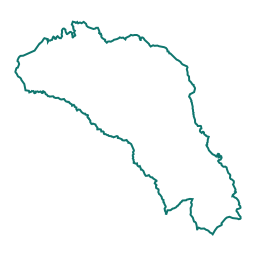 the district of Poiana Cristei, Vrancea, Romania
{"feature_id": "2599482B17918493537956", "entity_name": "Poiana Cristei", "entity_type": "district", "adm_level": 2, "iso_a3": "ROU", "parent_name": "Romania", "parent_adm1": "Vrancea", "projection": "albers", "projection_center": [26.947, 45.68], "detail": "fine", "context": "isolated", "style": "outline", "palette": "teal", "viewbox_px": 256, "rotation_deg": 0, "n_neighbors": 0, "source": "geoboundaries", "source_scale": "gbopen_adm2", "svg_char_len": 5744}
<svg xmlns="http://www.w3.org/2000/svg" viewBox="0 0 256 256"><path d="M187.0,66.4L182.5,64.4L181.4,63.3L180.6,62.0L178.4,60.4L176.6,59.6L170.3,53.4L169.3,53.4L168.6,51.5L167.5,51.4L167.2,49.5L166.0,48.0L164.2,47.2L158.9,46.2L157.5,45.6L154.5,45.8L153.1,45.3L150.7,46.5L149.5,45.1L148.9,43.8L144.7,40.0L143.7,38.4L142.6,37.5L141.5,37.6L140.7,39.1L140.7,40.0L140.4,40.0L139.7,38.4L139.5,36.8L138.9,36.1L136.9,35.0L134.4,35.0L132.8,35.4L130.9,34.9L129.5,36.1L126.0,37.8L125.4,39.4L123.1,37.6L121.4,37.9L119.7,37.4L119.0,38.1L116.9,39.1L113.9,39.8L113.3,40.4L110.8,41.7L109.2,41.4L107.9,41.6L106.8,42.7L105.0,40.9L105.2,40.0L104.8,39.5L103.8,39.2L101.7,37.5L101.3,36.5L101.5,35.3L101.0,34.6L100.9,33.7L100.5,33.5L100.0,33.9L99.5,33.1L99.1,33.0L99.4,31.4L97.9,27.8L96.1,27.8L95.5,28.5L93.5,29.0L88.1,27.1L86.6,25.8L86.1,23.9L83.7,21.9L81.6,23.2L80.0,22.5L78.1,23.3L77.2,22.0L76.2,22.9L75.7,22.9L75.0,22.2L72.8,21.7L71.8,24.6L72.4,25.1L72.8,26.1L73.3,26.6L73.4,27.0L73.1,27.9L73.5,28.7L73.6,29.8L74.9,30.8L74.0,32.5L75.3,35.3L75.2,35.6L73.5,36.6L73.1,37.3L72.7,37.4L72.5,37.1L72.5,35.9L72.4,34.9L72.1,34.6L72.1,33.0L70.7,31.9L69.7,32.1L69.2,32.7L67.2,34.1L66.8,34.0L65.8,32.0L65.4,30.6L65.4,29.6L63.9,28.5L62.9,28.8L61.9,30.4L62.1,32.4L61.6,34.6L62.1,36.1L60.9,38.2L59.5,38.1L57.6,36.2L56.9,36.7L55.8,38.9L55.2,38.9L54.7,38.5L54.5,37.4L53.4,36.7L52.9,37.3L52.0,39.9L51.2,40.0L50.2,40.6L48.8,40.3L47.9,41.8L47.8,40.2L47.3,39.9L47.6,39.1L44.4,38.2L43.3,39.5L42.6,40.8L41.5,42.2L39.5,43.6L39.5,44.0L39.0,44.3L34.6,50.6L23.2,55.7L20.4,55.9L18.9,57.3L17.7,59.8L17.5,61.1L18.2,61.6L19.0,63.4L19.1,64.2L17.8,67.6L16.7,67.9L16.3,68.5L15.4,71.7L15.6,72.5L16.5,73.4L18.0,76.4L20.3,77.8L21.1,78.9L21.3,79.8L24.3,84.0L25.5,90.3L28.9,90.8L29.3,92.4L31.3,91.7L31.9,91.0L32.8,91.3L33.5,91.1L33.9,91.7L34.3,93.1L34.6,93.2L35.5,92.9L35.9,91.6L36.8,91.7L37.6,91.4L38.7,92.1L40.6,91.5L41.8,92.9L42.6,93.0L43.0,92.6L42.7,91.6L43.1,91.2L44.7,92.1L45.3,93.0L45.7,94.2L46.8,94.6L47.9,96.1L48.8,96.1L49.6,96.6L53.1,96.3L53.7,96.7L54.0,97.4L55.7,98.0L58.2,97.8L60.2,99.2L61.3,99.5L64.0,99.0L65.8,101.3L67.1,101.8L67.7,101.7L68.1,102.1L68.8,101.9L69.6,102.7L69.7,103.2L71.8,104.4L72.1,105.7L73.8,104.9L74.4,105.5L74.8,106.9L76.4,107.5L76.3,109.1L77.1,110.5L78.4,109.5L80.0,109.8L81.6,112.1L83.5,113.5L85.2,113.7L85.5,114.6L87.8,115.1L88.0,115.7L87.4,116.9L88.1,118.0L89.0,118.4L89.1,119.3L89.8,119.8L90.4,120.9L90.2,121.9L91.3,123.8L92.0,124.1L92.9,123.6L95.5,124.5L95.8,125.5L97.5,127.8L97.2,129.1L97.3,129.4L99.7,129.2L100.9,129.5L101.3,131.5L103.0,131.4L103.8,132.1L103.8,133.2L104.0,133.9L104.9,134.2L105.6,134.1L107.4,135.2L108.1,135.1L109.0,136.0L111.2,136.2L111.6,136.6L112.6,136.7L113.5,137.3L116.8,136.1L117.6,136.3L118.0,137.0L117.9,138.0L119.3,138.2L121.5,139.1L122.0,139.4L122.2,140.1L123.1,140.4L124.4,140.5L126.6,140.0L127.4,141.3L128.3,141.9L128.4,142.9L129.5,142.9L131.2,144.1L133.9,150.3L133.7,151.3L133.0,152.1L133.6,154.2L132.8,155.0L132.8,156.2L133.3,157.1L132.8,158.6L133.6,159.6L133.5,160.7L134.1,162.1L133.7,162.5L133.7,162.9L136.0,163.7L137.0,163.4L137.3,165.1L137.7,165.8L138.9,166.6L139.8,166.1L140.5,167.7L140.9,169.4L141.1,169.7L141.7,169.5L143.4,171.0L144.6,174.1L145.7,175.8L147.1,175.8L148.9,175.1L149.9,176.5L151.3,177.4L152.4,177.4L153.1,178.4L156.5,180.6L156.5,181.1L155.2,182.0L154.7,183.3L156.5,185.1L156.0,185.9L156.1,187.8L156.5,188.3L157.1,188.4L158.5,189.4L158.6,190.8L158.3,192.0L159.1,194.1L159.9,194.5L161.7,197.0L161.9,198.4L162.5,199.5L163.5,200.0L163.3,201.1L163.8,202.1L163.6,202.5L164.2,203.0L164.4,204.0L165.7,206.4L165.7,207.0L164.6,208.6L165.0,210.8L166.0,212.8L165.9,213.8L166.4,213.9L167.5,210.3L170.6,210.2L172.6,208.6L173.9,208.4L176.1,207.3L177.2,206.0L177.9,205.8L178.7,204.6L179.8,203.8L180.3,202.7L181.8,201.6L182.1,200.9L182.6,200.5L186.1,200.3L186.7,199.7L189.8,198.9L192.5,199.1L191.1,202.4L191.1,203.0L191.8,203.9L191.8,204.5L191.7,205.8L190.6,208.1L190.9,212.8L190.5,214.7L192.8,217.6L194.0,221.5L195.3,222.1L196.0,223.1L196.7,225.9L197.1,229.3L197.4,229.3L198.0,228.0L198.6,227.6L201.0,228.7L204.2,228.5L205.9,229.7L207.7,230.3L209.1,231.4L209.7,232.3L211.8,233.4L212.7,234.3L215.0,230.3L217.3,227.2L221.5,225.1L221.8,224.7L221.5,223.3L225.4,218.7L226.9,217.5L229.5,216.8L232.7,218.1L237.3,218.6L238.8,219.2L240.3,218.8L240.6,218.4L240.5,216.7L239.1,215.2L237.7,212.4L236.6,211.3L236.5,210.3L237.0,209.2L239.2,208.6L240.4,207.9L240.5,207.4L240.2,206.1L238.9,204.6L238.9,204.0L239.3,203.3L238.3,200.5L236.4,198.2L234.4,197.3L233.4,196.2L232.4,196.3L232.8,194.9L235.7,192.5L235.1,191.9L235.7,191.5L235.2,190.4L235.5,189.4L233.0,184.4L233.6,183.6L233.9,182.1L233.7,181.0L231.8,179.4L230.8,179.1L230.1,178.2L230.0,177.6L230.3,175.2L229.6,174.1L228.3,173.0L226.9,169.1L226.6,167.5L225.3,166.6L223.7,166.8L222.7,166.3L221.5,164.9L221.5,164.1L221.2,163.5L219.4,162.9L218.1,161.0L218.8,160.1L220.6,159.6L221.6,157.8L221.2,156.2L220.8,156.1L219.4,157.2L218.5,157.5L218.0,156.2L219.7,155.6L219.1,154.1L218.1,153.8L217.5,154.5L217.6,155.1L216.8,155.8L217.0,156.2L216.3,156.6L214.8,155.3L212.5,154.2L208.9,150.3L208.1,148.1L206.9,146.3L206.4,145.2L207.2,144.8L207.1,142.9L207.6,142.3L207.8,139.5L208.7,136.8L206.3,136.1L206.1,135.5L204.6,134.6L203.9,133.5L204.0,132.6L203.4,131.9L202.5,131.9L201.7,132.9L200.2,131.7L199.9,130.9L200.3,129.1L201.4,128.5L201.0,126.2L200.2,125.9L197.8,126.0L197.0,124.6L195.7,123.6L195.1,122.3L195.0,119.8L193.7,116.3L193.7,114.8L193.2,113.9L193.6,112.8L193.1,111.9L193.0,109.6L192.6,108.7L192.7,106.7L191.9,103.5L192.0,103.0L191.2,101.4L191.5,100.9L190.3,98.3L189.1,96.7L189.9,94.3L194.1,92.1L195.0,88.7L194.8,87.6L193.6,85.8L193.6,84.9L192.6,84.6L190.8,82.0L189.2,80.5L189.0,76.5L187.6,74.9L187.6,72.4L186.8,69.2L187.5,67.4L187.0,66.4Z" fill="none" stroke="#0f766e" stroke-width="2"/></svg>